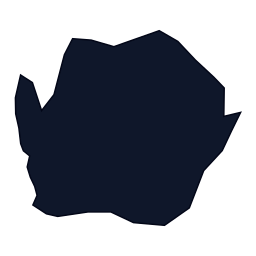 map outline of Hódmezôvásárhely (Equal Earth projection)
{"feature_id": "HUN-4917", "entity_name": "Hódmezôvásárhely", "entity_type": "Urban county", "adm_level": 1, "iso_a3": "HUN", "parent_name": "Hungary", "parent_adm1": "", "projection": "equal_earth", "projection_center": [20.359, 46.389], "detail": "fine", "context": "isolated", "style": "filled", "palette": "ink", "viewbox_px": 256, "rotation_deg": 0, "n_neighbors": 0, "source": "natural_earth", "source_scale": "10m", "svg_char_len": 541}
<svg xmlns="http://www.w3.org/2000/svg" viewBox="0 0 256 256"><path d="M224.2,88.0L223.8,116.4L240.6,112.4L231.4,131.1L222.2,150.6L203.7,170.6L189.3,207.9L164.5,225.3L133.5,222.6L110.8,211.9L88.1,211.9L57.7,216.4L46.4,213.8L32.9,205.0L37.1,195.4L34.7,186.4L30.3,177.1L27.2,167.0L29.7,155.9L23.4,150.8L20.7,143.7L18.9,128.1L15.7,113.8L15.4,97.8L20.6,75.0L32.4,82.6L41.6,110.6L54.0,94.6L64.4,54.7L72.6,38.7L91.2,40.1L113.9,46.7L159.2,30.7L177.8,41.4L195.3,60.0L213.9,77.3L224.2,88.0Z" fill="#0f172a" stroke="#020617" stroke-width="1.5"/></svg>